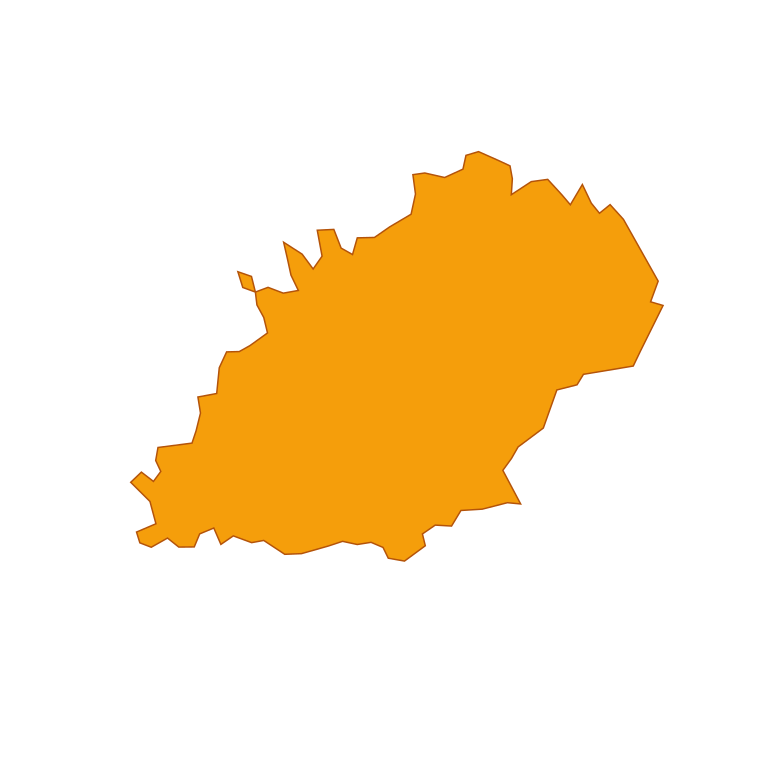 Iracema do Oeste, Paraná, Brazil (Mercator projection), rotated 231°
{"feature_id": "56859067B2510798775260", "entity_name": "Iracema do Oeste", "entity_type": "district", "adm_level": 2, "iso_a3": "BRA", "parent_name": "Brazil", "parent_adm1": "Paraná", "projection": "mercator", "projection_center": [-53.343, -24.432], "detail": "fine", "context": "isolated", "style": "filled", "palette": "amber", "viewbox_px": 768, "rotation_deg": 231, "n_neighbors": 0, "source": "geoboundaries", "source_scale": "gbopen_adm2", "svg_char_len": 1430}
<svg xmlns="http://www.w3.org/2000/svg" viewBox="0 0 768 768"><g transform="rotate(231 384 384)"><path d="M536.4,341.9L525.4,335.0L511.3,332.4L497.0,325.6L498.2,304.0L500.3,291.9L508.0,281.9L500.3,266.2L481.9,248.0L491.0,231.2L476.9,223.1L465.8,208.4L458.9,197.6L476.9,168.4L468.2,158.4L456.5,155.5L453.4,143.5L468.2,140.0L467.0,125.3L440.0,128.2L418.9,118.8L424.7,98.5L414.2,94.3L403.6,100.4L400.5,118.8L386.4,121.9L376.8,134.0L383.5,146.4L379.2,161.1L362.0,156.3L360.8,171.3L344.0,181.3L338.1,192.1L314.1,199.7L304.1,213.1L293.1,238.8L287.8,252.8L276.1,262.2L269.1,274.3L257.6,280.4L245.9,277.7L233.5,288.5L232.3,314.3L243.3,319.5L242.1,335.0L231.1,347.1L237.3,364.2L224.9,381.6L214.1,405.2L204.8,414.7L242.1,422.0L245.9,436.2L250.7,448.6L249.5,480.1L270.6,514.6L261.9,533.5L266.0,545.1L241.1,589.0L248.3,604.2L269.4,650.3L280.1,642.9L291.4,661.8L361.3,673.7L381.1,672.6L381.1,658.9L394.1,658.9L414.2,663.7L406.0,641.6L418.9,641.3L440.0,640.0L448.6,625.8L451.0,602.1L462.7,612.9L474.2,619.2L485.5,613.7L505.1,603.7L510.1,591.6L501.3,580.6L506.3,561.1L522.3,548.5L528.5,538.2L511.8,528.0L498.9,511.9L502.5,487.5L503.9,468.8L514.4,455.2L504.4,441.0L516.6,436.2L535.7,442.3L545.5,428.9L522.3,416.3L518.0,401.3L536.4,402.1L557.3,395.2L542.4,387.9L527.1,380.2L510.6,376.3L518.0,362.9L532.1,354.7L536.4,341.9ZM536.4,341.9L551.0,348.7L563.2,341.1L547.9,335.0L536.4,341.9Z" fill="#f59e0b" stroke="#b45309" stroke-width="1.5"/></g></svg>